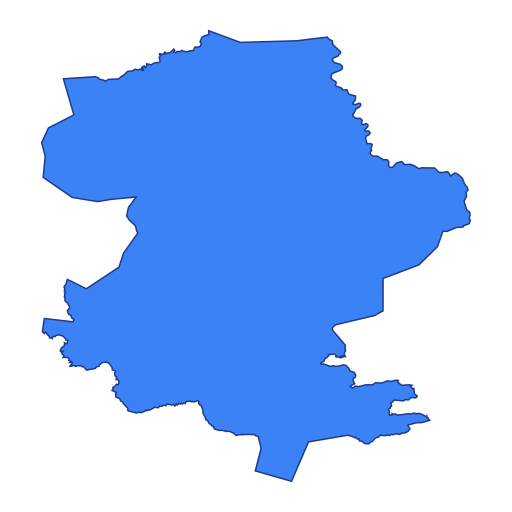 Cagaan-Uul, Hövsgöl, Mongolia (Natural Earth projection)
{"feature_id": "93677404B10407015585804", "entity_name": "Cagaan-Uul", "entity_type": "district", "adm_level": 2, "iso_a3": "MNG", "parent_name": "Mongolia", "parent_adm1": "Hövsgöl", "projection": "natural_earth1", "projection_center": [98.66, 49.521], "detail": "fine", "context": "isolated", "style": "filled", "palette": "blue", "viewbox_px": 512, "rotation_deg": 0, "n_neighbors": 0, "source": "geoboundaries", "source_scale": "gbopen_adm2", "svg_char_len": 5948}
<svg xmlns="http://www.w3.org/2000/svg" viewBox="0 0 512 512"><path d="M338.2,55.9L338.7,54.6L340.6,53.1L340.4,51.6L333.0,44.8L332.1,40.7L329.0,39.3L327.3,37.1L296.5,40.8L240.2,42.4L208.7,30.7L208.8,34.6L204.2,35.9L201.9,37.4L200.0,41.8L201.3,43.5L200.4,46.1L198.0,47.3L195.6,46.9L194.5,47.7L194.1,49.6L192.9,50.7L190.3,50.7L186.9,52.0L181.3,50.5L180.7,51.7L177.2,51.4L176.1,52.7L173.7,52.2L174.8,50.4L173.7,49.1L170.1,52.8L167.1,53.0L165.5,53.9L164.9,53.6L165.3,52.4L164.7,52.2L163.3,54.4L159.6,53.8L159.5,54.7L160.7,55.8L159.2,57.3L160.2,61.7L159.7,62.2L153.7,63.2L151.3,64.8L146.7,63.8L146.8,65.7L145.8,67.5L145.3,67.6L144.2,65.9L141.8,67.3L141.7,68.1L143.5,69.3L143.6,69.9L142.6,70.6L141.2,68.9L137.9,69.9L135.5,69.2L134.1,69.6L133.2,70.7L127.4,71.5L123.3,75.6L121.9,76.0L118.7,78.9L108.4,79.4L105.3,81.3L103.9,80.2L99.4,79.2L98.1,77.6L94.6,76.7L63.4,78.8L73.9,114.9L48.5,127.9L41.7,142.7L45.2,156.0L43.2,177.4L72.2,197.4L97.6,201.6L111.4,199.3L136.3,197.0L128.5,207.3L126.6,215.9L129.3,220.1L135.4,225.7L136.7,231.0L137.8,233.1L123.5,253.2L119.0,267.1L86.3,288.8L67.4,279.4L65.9,284.4L64.0,286.7L64.7,288.4L64.4,291.4L65.3,291.8L65.4,292.9L64.5,293.4L64.8,296.5L64.3,297.0L64.9,297.4L65.0,300.7L67.8,303.5L69.6,307.0L69.4,308.4L67.5,310.4L67.7,311.9L68.8,314.5L71.3,315.4L71.5,317.8L73.8,319.5L73.5,320.9L73.0,321.8L44.3,318.5L42.4,331.7L44.4,333.5L44.8,332.3L45.9,332.2L46.4,333.5L49.5,336.7L49.5,337.9L51.2,337.8L52.2,338.6L52.4,337.6L53.7,336.3L55.2,336.6L56.3,335.3L59.5,334.9L63.0,336.2L65.7,338.9L65.9,340.0L67.6,340.4L67.3,343.2L66.6,343.8L64.5,342.9L64.9,343.9L64.3,344.6L64.2,346.1L61.8,347.5L60.5,349.5L60.4,351.2L62.9,351.3L61.4,352.7L63.9,356.0L63.1,357.5L67.6,357.4L69.3,359.0L68.8,360.5L70.8,361.3L69.9,362.4L71.7,362.1L72.5,362.6L69.9,366.1L71.8,366.4L72.9,365.3L75.9,366.3L77.3,365.7L81.1,365.9L82.1,366.7L83.4,366.5L86.6,370.1L95.5,368.3L96.1,366.9L99.0,366.3L99.3,364.9L102.2,362.7L104.9,362.1L108.5,362.8L112.1,367.5L112.3,369.9L114.4,370.3L115.4,371.5L114.7,373.0L115.0,375.8L116.6,377.1L116.1,379.6L118.0,379.5L119.2,382.1L118.2,384.7L116.5,384.3L114.3,386.8L112.8,387.4L113.1,388.9L112.0,390.5L116.3,392.4L115.5,394.2L116.0,397.1L119.9,398.6L120.5,400.9L123.0,402.3L123.4,403.7L127.9,408.3L127.6,410.3L128.3,410.9L136.4,413.0L139.7,412.2L141.1,412.7L145.1,411.0L145.9,410.0L147.1,410.8L148.1,409.8L149.7,410.1L154.7,407.3L158.3,407.8L159.7,406.0L161.2,406.4L164.5,405.1L165.9,405.7L166.8,404.1L171.8,405.0L173.4,404.3L174.7,406.0L176.1,404.9L176.2,403.9L177.5,404.9L179.0,403.4L180.0,404.1L181.3,403.2L182.4,404.0L183.6,403.2L185.2,403.6L185.9,401.7L190.4,401.1L191.4,401.8L192.6,401.4L193.7,401.9L198.2,400.7L199.0,401.6L198.6,403.6L200.1,405.2L201.0,405.2L202.8,409.7L203.1,413.3L205.3,417.4L205.8,419.8L207.6,420.5L209.1,423.5L211.1,424.6L211.5,425.7L212.9,426.1L214.5,429.0L219.5,430.5L221.4,430.2L227.0,431.5L229.1,431.2L233.8,433.2L236.0,435.5L240.9,434.3L241.8,435.0L242.5,434.5L254.3,434.5L255.9,435.9L258.3,436.4L261.1,448.4L255.3,470.9L291.5,481.3L308.5,441.9L347.6,435.2L354.8,437.2L355.1,437.9L355.7,437.4L357.4,439.1L359.0,438.9L359.4,441.0L361.5,441.0L365.1,443.7L369.2,443.7L370.3,442.2L372.3,441.5L375.3,438.1L378.6,436.9L380.5,435.1L384.5,435.7L388.2,434.9L389.3,435.5L392.0,434.3L393.0,434.8L395.9,433.7L399.8,434.4L401.8,433.2L405.1,432.9L408.1,431.3L410.0,428.9L407.7,425.4L408.0,425.0L415.6,422.9L422.4,422.5L430.3,420.1L429.2,419.9L428.1,418.6L428.1,417.8L427.0,417.6L426.7,416.1L426.4,416.7L420.7,413.8L418.3,413.4L416.0,413.8L414.2,413.0L410.0,414.2L408.9,413.6L397.5,415.2L395.3,413.9L393.3,414.3L392.1,413.5L392.0,414.9L389.2,415.0L389.2,410.9L388.6,409.6L388.9,408.7L390.3,408.1L390.2,407.3L391.6,406.0L390.9,402.6L392.4,402.1L394.3,400.0L403.4,400.9L405.2,399.6L408.5,399.9L411.1,397.5L415.6,397.9L417.1,396.7L417.2,396.0L414.3,393.7L413.9,388.5L412.9,388.9L410.4,386.3L411.9,385.3L408.7,384.8L401.8,385.3L398.0,382.4L397.6,381.5L398.3,380.5L395.5,380.2L392.1,381.3L387.3,380.9L381.6,383.1L375.7,382.7L372.6,384.8L365.9,384.8L358.6,386.6L355.0,386.1L353.6,387.7L352.3,387.8L350.2,386.7L351.5,385.3L354.7,383.7L353.3,381.0L353.1,378.5L355.2,377.4L355.8,375.1L354.1,372.3L350.2,371.0L348.6,368.1L346.1,365.5L343.5,364.8L339.4,366.0L335.3,366.4L333.0,365.7L330.2,366.4L324.1,364.0L321.1,364.3L320.7,363.1L323.8,361.4L325.3,358.3L327.1,357.5L329.0,355.3L328.4,354.9L328.8,354.6L334.3,354.1L336.4,355.5L335.7,356.4L336.2,357.0L338.3,356.9L340.5,357.9L342.3,357.2L340.8,356.4L342.0,355.9L345.3,356.6L344.3,354.6L344.6,352.3L345.7,350.4L345.1,348.7L345.3,345.2L332.5,330.1L332.4,327.9L334.1,325.9L336.3,324.6L374.4,315.6L383.0,310.9L383.1,278.4L419.0,264.8L437.5,246.6L442.7,231.8L443.8,231.1L446.9,231.5L456.2,227.5L463.0,227.0L463.7,225.7L469.0,223.7L470.3,220.6L469.2,217.8L470.0,215.4L469.8,212.4L467.4,210.5L466.3,208.7L464.0,201.1L466.6,196.3L466.1,193.1L466.4,191.7L467.8,190.2L467.8,188.7L467.1,187.1L464.5,183.9L462.5,178.5L458.9,175.0L455.9,173.2L454.6,173.1L450.5,175.9L448.2,172.1L446.6,171.7L442.1,172.6L438.7,172.1L434.7,168.0L421.8,167.8L418.8,168.7L414.4,165.8L410.3,164.3L404.7,164.6L401.8,161.6L396.8,162.8L392.6,167.3L390.2,167.4L388.6,166.2L388.8,161.7L387.3,159.8L383.2,159.6L377.4,156.1L372.8,156.1L370.3,154.0L370.2,152.3L371.6,150.6L371.0,148.6L372.2,144.5L371.1,143.7L367.0,143.6L365.6,138.3L366.0,136.4L369.0,134.7L370.2,133.1L368.8,131.0L365.6,131.1L364.7,129.9L367.9,126.5L367.9,124.6L365.8,123.5L364.0,124.5L361.8,124.4L361.6,122.1L362.2,120.7L361.6,119.4L359.7,118.2L357.5,118.6L355.2,117.9L353.3,116.5L352.6,114.7L354.0,113.2L355.8,109.1L359.3,107.2L360.4,105.7L360.8,104.9L360.4,103.6L358.9,103.2L355.7,104.6L353.1,104.1L352.8,103.1L355.4,99.9L355.5,96.0L348.7,94.1L346.8,89.7L343.4,90.1L342.1,89.5L342.0,88.9L342.9,89.4L340.8,87.7L336.0,86.2L335.4,85.1L336.2,83.0L335.8,81.7L332.7,79.8L331.1,78.0L331.4,74.9L332.3,73.5L340.4,70.3L342.3,68.7L342.4,66.6L340.4,64.3L334.5,62.7L332.2,60.2L332.9,58.3L338.2,55.9Z" fill="#3b82f6" stroke="#1e3a8a" stroke-width="1.5"/></svg>